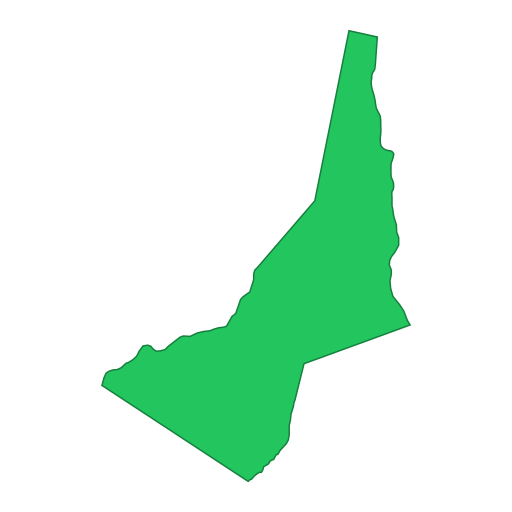 outline of Mongouge, Choiseul, Saint Lucia
{"feature_id": "8701671B23364700154190", "entity_name": "Mongouge", "entity_type": "district", "adm_level": 2, "iso_a3": "LCA", "parent_name": "Saint Lucia", "parent_adm1": "Choiseul", "projection": "natural_earth1", "projection_center": [-61.043, 13.805], "detail": "fine", "context": "isolated", "style": "filled", "palette": "green", "viewbox_px": 512, "rotation_deg": 0, "n_neighbors": 0, "source": "geoboundaries", "source_scale": "gbopen_adm2", "svg_char_len": 5212}
<svg xmlns="http://www.w3.org/2000/svg" viewBox="0 0 512 512"><path d="M314.3,201.4L257.0,268.0L254.8,270.1L254.6,270.8L253.7,274.1L253.7,279.6L252.9,282.2L249.8,292.0L246.4,294.3L246.0,294.6L242.8,297.0L240.6,299.4L237.9,307.3L235.9,313.0L235.1,313.9L234.1,314.9L232.0,316.4L226.6,326.1L224.2,327.1L218.5,327.8L213.8,329.2L210.0,330.7L207.2,331.1L204.8,331.3L203.8,331.5L202.1,331.8L196.7,333.2L190.1,336.4L183.4,336.0L182.8,336.2L180.0,337.2L168.5,346.1L165.1,349.6L160.2,350.9L157.1,351.1L155.9,351.1L152.7,348.6L151.8,347.5L150.9,346.3L147.8,345.2L144.3,345.7L143.1,345.9L140.0,350.0L139.2,351.1L136.7,356.2L132.9,359.7L128.4,362.5L126.0,363.3L121.2,367.7L120.0,368.3L116.7,369.8L113.3,369.8L108.8,371.3L106.1,373.2L104.1,377.6L103.9,378.1L103.6,379.3L101.9,385.4L247.9,481.2L248.3,481.3L249.9,479.7L251.5,479.2L254.6,475.7L258.0,473.1L259.6,472.3L261.4,472.3L262.8,469.9L263.7,466.7L268.6,463.8L270.2,460.9L273.8,459.3L276.1,454.8L277.9,454.3L280.2,450.3L286.3,443.7L288.3,440.0L289.2,434.7L289.2,425.5L290.4,420.2L291.0,414.3L293.3,406.7L294.0,402.4L294.9,400.3L304.0,363.7L410.1,325.0L409.6,324.2L407.4,320.5L403.8,311.1L399.9,305.1L399.3,304.3L399.0,303.9L392.9,296.4L391.4,291.1L390.6,288.1L390.0,280.6L391.3,274.5L391.3,270.0L389.9,266.5L389.3,265.1L389.7,260.6L391.3,256.9L393.3,254.2L394.8,252.3L398.7,245.2L398.7,237.7L397.3,233.8L396.7,232.4L396.5,227.6L396.4,224.9L395.0,220.4L393.8,216.6L392.7,209.2L392.3,207.0L392.2,206.7L392.1,206.4L392.0,206.0L392.0,205.5L392.0,205.2L392.0,204.8L392.0,204.2L392.0,203.6L392.0,203.1L392.0,202.6L392.0,202.1L392.0,201.3L392.0,200.7L392.0,200.1L392.0,199.7L392.0,199.1L392.0,198.7L392.0,198.1L392.0,197.7L392.0,197.3L391.9,196.9L391.9,196.5L391.9,196.0L391.9,195.5L391.8,195.0L391.8,194.5L391.8,194.0L391.8,193.5L391.8,193.0L391.9,192.6L391.9,192.2L392.0,191.7L392.2,191.2L392.5,190.8L392.7,190.4L392.9,190.1L393.1,189.5L393.2,189.0L393.4,188.5L393.5,188.1L393.6,187.5L393.6,187.1L393.6,186.7L393.6,186.4L393.6,186.0L393.6,185.6L393.6,184.9L393.6,184.5L393.6,184.2L393.6,183.8L393.5,183.4L393.4,183.1L393.3,182.7L393.2,182.2L393.0,181.7L392.9,181.3L392.8,180.9L392.6,180.5L392.5,180.2L392.3,179.8L392.2,179.5L392.0,179.1L391.9,178.7L391.7,178.3L391.5,177.9L391.4,177.6L391.2,177.2L391.1,176.8L391.1,176.2L391.1,175.8L391.0,175.3L391.0,174.9L391.0,174.4L391.0,173.8L391.0,173.2L391.0,172.6L391.0,172.0L390.9,171.6L390.9,171.0L390.9,170.4L390.9,169.9L390.9,169.4L391.0,169.0L391.0,168.6L391.0,168.2L391.0,167.7L391.0,167.1L391.0,166.6L391.0,166.3L391.0,165.7L391.0,165.2L391.0,164.7L391.1,164.1L391.2,163.5L391.3,163.1L391.4,162.7L391.5,162.4L391.6,161.9L391.7,161.6L391.9,161.1L392.1,160.7L392.3,160.1L392.5,159.6L392.6,159.1L392.7,158.7L392.8,158.3L393.0,157.8L393.1,157.5L393.2,157.0L393.3,156.5L393.4,156.0L393.5,155.6L393.5,155.2L393.6,154.8L393.7,154.3L393.7,153.8L393.5,153.3L393.3,153.0L393.1,152.8L392.9,152.5L392.7,152.2L392.3,151.9L391.9,151.5L391.5,151.3L391.2,151.1L390.8,151.0L390.4,150.9L390.1,150.9L389.7,150.8L389.3,150.7L389.0,150.7L388.5,150.6L388.2,150.5L387.7,150.5L387.3,150.3L387.0,150.2L386.6,150.2L386.2,150.0L385.7,149.8L385.3,149.6L384.9,149.4L384.6,149.3L384.3,149.1L384.0,148.9L383.5,148.6L383.3,148.4L382.9,148.1L382.6,147.8L382.3,147.5L382.0,147.2L381.8,146.9L381.4,146.5L381.2,146.2L381.0,145.8L380.9,145.3L380.8,145.0L380.7,144.5L380.6,144.2L380.5,143.7L380.5,143.3L380.4,143.0L380.4,142.6L380.3,142.2L380.2,138.4L380.3,138.1L380.3,137.5L380.4,136.9L380.5,136.1L380.6,135.6L380.6,135.0L380.6,134.5L380.7,133.9L380.7,133.2L380.8,132.9L380.8,132.5L380.8,132.0L380.8,131.4L380.9,130.9L380.9,130.4L380.9,130.0L380.9,129.5L380.9,129.0L380.9,128.5L380.8,128.0L380.8,127.5L380.8,127.1L380.8,126.6L380.7,126.3L380.7,125.7L380.7,125.2L380.7,124.6L380.7,124.2L380.7,123.9L380.7,123.3L380.7,122.9L380.7,122.4L380.7,121.9L380.7,121.4L380.7,120.9L380.7,120.4L380.7,119.9L380.6,119.4L380.5,118.9L380.5,118.4L380.4,118.0L380.4,117.6L380.3,117.2L380.3,116.8L380.2,116.3L380.1,116.0L379.9,115.5L379.7,115.0L379.5,114.5L379.3,114.0L379.1,113.6L378.8,113.2L378.6,112.9L378.4,112.5L378.2,112.0L377.9,111.6L377.7,111.2L377.5,110.7L377.3,110.4L377.1,109.9L376.9,109.6L376.8,109.2L376.6,108.7L376.5,108.4L376.3,107.9L376.1,107.4L376.1,107.0L376.0,106.6L375.9,106.1L375.8,105.6L375.8,105.2L375.7,104.8L375.6,104.3L375.5,103.7L375.5,103.2L375.4,102.9L375.3,102.3L375.3,101.9L375.2,101.5L375.2,101.0L375.1,100.4L375.0,100.0L374.9,99.6L374.8,99.1L374.7,98.5L374.5,98.0L374.4,97.3L374.4,96.9L374.3,96.4L374.2,96.0L374.1,95.6L373.9,95.1L373.8,94.6L373.6,94.1L373.5,93.8L373.4,93.4L373.2,92.9L373.1,92.4L372.9,91.8L372.7,91.2L372.6,90.7L372.5,90.3L372.3,89.7L372.2,89.4L372.1,89.0L372.0,88.6L371.9,88.2L371.9,87.9L371.7,87.5L371.6,87.0L371.5,86.4L371.5,85.9L371.4,85.4L371.4,84.9L371.3,84.6L371.2,84.0L371.2,83.6L371.2,83.2L371.2,82.7L371.2,82.4L371.2,81.9L371.2,81.3L371.2,80.9L371.4,80.4L371.5,79.9L371.5,79.4L371.6,79.1L371.6,78.6L371.7,78.1L371.8,77.4L371.8,76.6L371.8,76.1L371.8,75.4L371.9,74.9L372.0,74.4L372.2,74.0L372.4,73.5L372.5,73.1L372.7,72.7L372.8,72.4L373.1,72.0L373.4,71.6L373.7,71.3L373.9,70.8L374.1,70.3L374.4,69.8L374.8,69.1L375.4,63.8L377.3,37.0L349.0,30.7L314.8,200.8L314.3,201.4Z" fill="#22c55e" stroke="#15803d" stroke-width="1.5"/></svg>